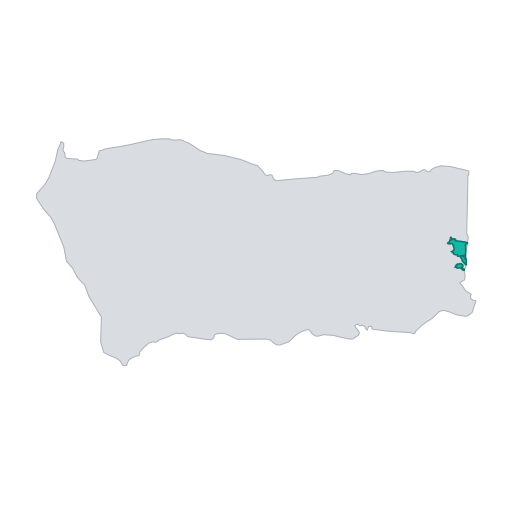 Kasena Nankana West, Upper East, Ghana shown in context, rotated 92°
{"feature_id": "2480657B70680953475259", "entity_name": "Kasena Nankana West", "entity_type": "district", "adm_level": 2, "iso_a3": "GHA", "parent_name": "Ghana", "parent_adm1": "Upper East", "projection": "equal_earth", "projection_center": [-1.202, 10.874], "detail": "fine", "context": "in_parent", "style": "filled", "palette": "teal", "viewbox_px": 512, "rotation_deg": 92, "n_neighbors": 0, "source": "geoboundaries", "source_scale": "gbopen_adm2", "svg_char_len": 6651}
<svg xmlns="http://www.w3.org/2000/svg" viewBox="0 0 512 512"><g transform="rotate(92 256 256)"><path d="M305.0,38.1L308.3,42.2L309.0,44.6L307.8,53.5L305.4,59.8L303.9,65.6L304.1,68.6L305.6,71.5L310.6,76.1L313.1,79.1L316.2,83.6L319.6,88.0L325.6,93.8L328.1,94.8L328.0,96.4L327.2,98.7L326.6,120.1L326.2,125.7L325.8,128.5L325.2,136.5L324.6,137.7L323.5,137.6L322.5,137.9L322.2,139.5L322.6,141.1L326.2,142.3L325.4,143.5L322.8,144.6L321.5,147.0L322.1,149.8L320.6,152.0L321.0,153.5L322.0,154.6L323.5,154.2L327.7,150.5L329.4,150.0L331.6,150.8L335.6,156.5L335.8,159.2L334.2,168.7L332.6,176.0L332.3,185.8L334.0,191.2L333.8,194.2L332.0,196.8L327.8,200.6L328.1,203.2L330.0,208.0L333.5,213.3L340.4,219.9L344.0,228.6L344.1,232.1L342.0,235.6L339.5,238.6L338.7,243.0L339.9,271.9L334.5,284.5L334.5,288.0L335.0,292.2L336.4,294.7L339.2,295.4L341.4,297.8L340.7,306.6L339.5,315.6L339.3,320.0L338.6,322.0L336.5,323.7L335.7,326.5L336.3,330.0L335.9,332.6L337.0,336.0L339.5,340.2L343.5,350.5L345.0,351.4L345.7,353.5L345.3,355.6L346.8,360.2L351.2,364.8L355.8,368.8L359.6,369.4L360.5,373.0L362.9,377.6L364.7,379.6L367.5,380.9L369.9,381.5L370.0,385.4L365.8,388.0L363.0,392.0L360.8,398.1L357.8,404.8L347.5,408.2L343.5,408.3L322.3,408.4L302.4,421.5L291.0,426.2L283.9,433.6L274.5,438.9L267.9,445.2L254.1,448.3L231.6,458.3L224.6,462.3L217.4,469.3L205.8,477.4L201.3,477.3L192.2,469.7L185.4,465.9L168.7,460.0L156.2,457.7L150.2,455.2L148.6,454.8L150.0,452.1L153.4,451.9L157.1,452.7L159.9,450.6L163.9,450.3L165.0,448.2L165.3,442.6L165.3,438.2L166.7,436.2L167.1,430.9L165.1,419.3L163.7,418.0L156.4,416.4L155.9,414.0L154.6,411.6L153.2,405.6L151.6,396.7L149.1,385.7L144.2,367.5L143.0,361.0L142.2,354.5L142.0,346.6L143.0,343.7L142.9,339.7L142.4,335.7L145.9,326.4L152.7,315.1L154.1,311.0L155.3,308.1L155.5,304.1L156.7,290.8L160.0,274.9L162.0,268.9L163.4,265.6L165.0,260.3L165.5,257.8L171.7,251.6L174.5,249.9L175.2,247.4L174.2,244.7L174.6,242.9L176.1,242.0L178.4,241.2L180.1,238.7L177.5,219.0L175.4,199.4L175.3,197.8L174.0,195.1L172.8,187.0L170.7,182.2L167.8,180.9L167.8,176.4L170.8,168.9L171.5,164.5L170.1,163.2L169.9,159.7L170.9,154.2L170.5,150.7L169.9,147.1L166.9,138.6L166.1,132.5L167.7,128.9L167.7,121.2L166.0,109.2L165.8,101.7L166.9,98.5L166.4,95.5L164.2,92.7L164.0,89.9L165.9,87.3L165.7,85.1L163.3,83.6L161.2,79.9L159.4,74.1L159.8,64.8L163.3,47.6L163.8,46.2L167.7,46.3L167.8,47.0L180.2,46.8L194.4,46.6L211.3,46.4L226.7,46.2L227.4,45.4L229.9,44.5L245.5,46.2L255.2,45.4L259.3,45.9L262.3,47.1L269.1,46.4L272.6,46.8L275.3,51.1L276.4,51.1L278.0,49.2L280.6,47.2L283.4,45.5L285.3,42.2L286.5,39.6L288.3,40.2L290.8,40.0L292.5,37.9L293.2,34.6L305.0,38.1Z" fill="#d9dde1" stroke="#a8b0b8" stroke-width="1"/><path d="M236.6,64.8L237.0,64.5L237.0,64.1L237.1,63.9L237.0,63.7L237.1,63.4L237.1,63.2L237.2,62.5L237.2,62.2L236.9,61.9L236.8,61.6L236.8,61.3L236.7,61.3L236.7,61.2L236.8,60.8L236.8,60.3L237.0,60.1L237.2,59.9L238.2,59.5L238.1,59.0L238.8,58.8L238.9,59.2L242.0,58.2L242.3,58.1L242.5,58.1L243.0,58.5L243.3,58.7L243.4,58.9L243.5,58.9L243.5,59.0L243.8,59.1L244.0,59.2L244.2,59.3L244.3,59.7L244.7,59.5L245.0,59.9L245.0,60.2L245.4,59.6L245.5,59.5L245.6,59.2L245.7,59.3L245.7,59.1L246.6,58.6L247.0,58.4L247.3,58.4L247.6,57.4L247.6,57.0L247.7,56.9L247.8,56.7L247.8,56.2L247.7,55.8L247.8,55.5L247.7,55.0L249.2,54.5L249.2,54.3L249.2,54.0L249.2,53.8L249.2,53.6L249.1,53.4L249.1,53.0L249.1,52.9L249.1,52.4L249.1,52.0L249.0,51.7L248.8,51.5L249.0,51.4L249.3,51.4L249.6,51.3L250.0,51.4L250.3,51.5L250.6,51.4L250.7,51.1L250.9,51.0L251.1,50.6L251.4,50.6L251.5,50.5L251.6,50.4L252.7,50.0L252.7,49.8L253.0,49.5L253.3,49.6L253.6,49.5L253.8,49.6L254.3,49.1L254.4,48.8L254.7,48.6L254.9,48.6L254.9,48.4L255.0,48.3L255.3,48.1L255.5,48.1L255.5,47.9L255.5,47.7L255.8,47.2L256.2,47.1L256.3,47.1L256.5,47.0L256.7,46.8L256.8,46.7L257.2,46.2L257.4,46.2L257.4,45.5L256.6,45.5L254.7,45.7L251.5,45.8L251.5,47.0L249.5,46.9L249.5,47.0L249.7,47.8L249.6,48.1L249.6,48.3L249.5,48.5L249.4,48.8L249.3,49.2L249.2,49.3L249.2,49.5L249.0,49.8L248.9,49.9L248.9,50.0L248.7,50.5L248.5,50.3L248.5,50.1L248.4,49.7L248.5,49.4L248.4,49.1L248.5,48.9L248.5,48.7L248.3,48.7L248.4,48.4L248.3,48.1L248.5,47.9L248.6,47.7L248.5,47.4L248.3,47.3L248.4,47.2L248.2,47.0L248.1,46.8L243.8,46.7L243.2,46.7L240.9,46.8L240.1,46.8L238.4,46.8L238.2,46.9L238.1,47.0L237.9,46.9L237.9,47.0L237.7,46.8L237.3,46.8L237.3,46.7L237.1,46.7L236.5,45.9L235.7,44.7L235.8,44.8L235.7,45.0L235.4,45.1L235.5,46.1L235.4,46.4L235.2,46.4L235.1,46.6L234.9,46.7L234.8,47.3L234.8,47.6L234.7,47.7L234.6,48.0L234.5,48.5L234.5,48.9L234.5,49.1L234.7,49.5L234.5,50.0L234.6,50.3L234.5,50.5L234.4,50.9L234.4,51.0L234.4,51.3L234.3,51.5L234.1,51.8L234.1,52.0L234.3,52.4L234.2,52.6L234.2,53.3L234.2,53.6L234.1,54.2L233.9,54.4L234.0,54.6L234.1,54.8L234.1,55.1L234.2,55.3L234.0,55.6L233.9,56.4L233.9,56.5L233.8,56.4L233.7,56.4L233.7,56.5L233.5,56.8L233.3,56.7L233.2,56.8L233.0,57.0L232.9,57.1L233.0,57.4L232.9,57.7L232.7,57.6L232.2,57.5L232.1,57.8L232.0,58.3L231.9,58.4L231.8,58.8L232.2,59.3L232.2,59.7L232.1,60.3L232.0,60.5L232.0,60.8L231.8,60.8L231.8,61.1L231.6,61.2L231.5,61.3L231.3,61.2L231.1,61.3L230.6,61.4L230.5,61.5L230.4,61.8L230.4,62.0L230.5,62.5L230.4,62.6L230.5,62.5L231.2,62.5L232.9,60.8L233.4,62.1L233.2,62.7L233.4,62.7L233.5,62.8L233.8,62.8L234.0,63.0L234.3,63.0L234.5,62.9L234.7,63.0L234.8,63.3L235.0,63.3L235.6,63.3L235.7,63.6L235.7,63.8L235.8,64.0L236.1,64.2L236.3,64.2L236.3,64.3L236.2,64.5L236.3,64.5L236.5,64.5L236.6,64.8ZM260.9,54.5L261.0,54.3L260.9,54.3L261.0,54.2L260.9,54.1L260.9,53.8L260.8,53.7L260.8,53.3L260.8,53.1L260.8,52.9L260.9,52.5L260.8,52.4L260.8,52.2L260.8,51.6L260.8,51.4L261.0,50.9L261.4,50.5L261.4,50.2L261.6,50.0L261.5,49.9L261.8,49.6L261.9,49.4L262.2,49.4L262.3,49.3L262.5,49.4L262.6,49.1L262.5,48.9L262.8,48.7L263.0,48.5L263.1,48.1L263.0,47.8L263.1,47.5L263.0,47.4L261.9,47.4L261.9,47.6L261.8,47.8L261.5,48.3L261.3,48.9L261.3,49.0L261.0,49.2L260.9,49.0L260.7,49.1L260.6,49.3L260.7,49.7L260.3,49.6L260.2,49.7L260.2,50.0L259.9,49.8L259.9,49.6L259.6,49.5L259.6,49.4L259.1,48.8L258.8,48.8L258.7,48.9L258.5,49.0L258.0,48.9L257.6,49.1L257.6,49.3L257.5,49.5L257.5,49.8L257.4,49.8L257.3,50.1L257.2,50.1L256.7,50.3L256.4,50.7L256.4,50.8L256.6,51.1L256.5,51.4L256.5,51.5L256.6,51.9L256.7,52.0L256.7,52.3L256.6,52.5L256.9,52.9L257.1,53.4L257.1,54.2L257.0,54.4L257.3,54.6L257.2,54.6L257.3,54.8L257.4,55.0L257.8,55.1L258.0,55.4L258.2,54.9L258.2,55.1L258.3,55.3L258.5,55.3L258.5,55.2L258.8,55.2L258.9,55.3L258.9,55.6L259.0,55.8L259.2,56.1L259.3,56.3L259.7,56.4L259.9,56.2L260.0,56.3L260.0,56.2L260.2,55.9L260.3,55.9L260.4,55.7L260.5,55.6L260.5,55.3L260.5,55.2L260.8,55.1L260.8,54.9L260.9,54.6L260.9,54.5Z" fill="#14b8a6" stroke="#0f766e" stroke-width="1.5"/></g></svg>